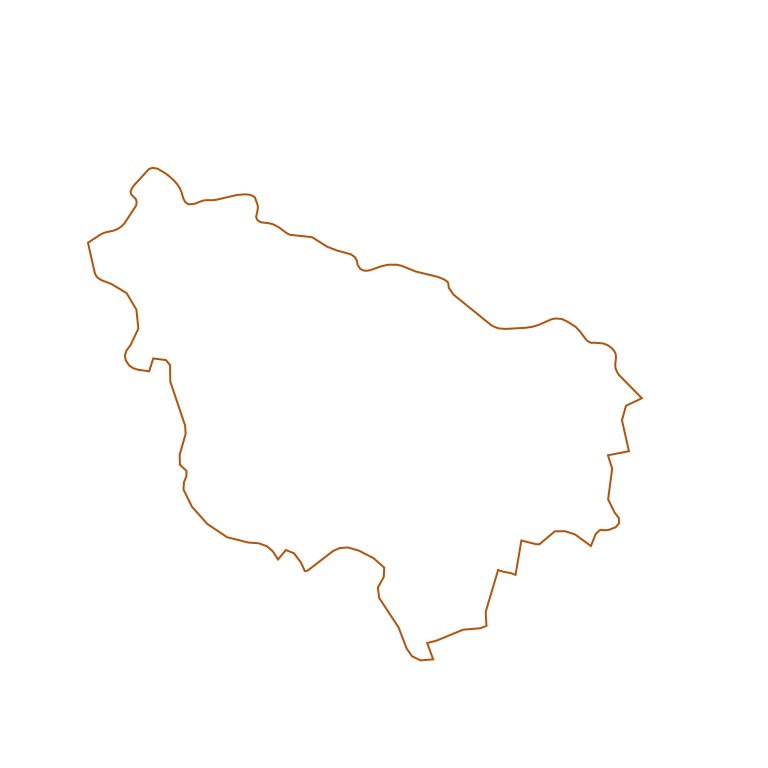 map outline of Charente (Natural Earth projection), rotated 252°
{"feature_id": "FRA-5277", "entity_name": "Charente", "entity_type": "Metropolitan department", "adm_level": 1, "iso_a3": "FRA", "parent_name": "France", "parent_adm1": "", "projection": "natural_earth1", "projection_center": [0.293, 45.665], "detail": "fine", "context": "isolated", "style": "outline", "palette": "amber", "viewbox_px": 768, "rotation_deg": 252, "n_neighbors": 0, "source": "natural_earth", "source_scale": "10m", "svg_char_len": 2410}
<svg xmlns="http://www.w3.org/2000/svg" viewBox="0 0 768 768"><g transform="rotate(252 384 384)"><path d="M209.3,327.5L221.6,320.2L233.3,308.6L239.8,299.0L241.6,291.2L241.0,284.2L230.1,253.6L230.6,250.9L240.0,249.8L250.8,246.1L256.4,239.4L249.9,229.0L259.1,226.6L266.0,222.4L271.2,215.7L275.2,205.9L286.8,187.4L305.5,172.7L326.7,163.4L345.6,160.7L352.4,163.4L357.2,167.5L362.4,169.3L370.2,165.0L379.9,167.8L397.8,179.9L405.9,182.0L452.4,181.5L468.1,186.4L474.2,183.9L479.6,172.4L468.7,164.6L473.4,154.7L476.6,150.3L480.3,147.4L486.4,145.7L491.3,146.4L495.5,149.5L499.1,154.8L512.6,167.5L531.2,171.5L550.0,167.3L563.6,155.4L570.2,147.2L574.3,144.1L578.3,143.2L609.8,146.1L613.5,159.5L614.2,163.5L614.2,166.8L613.5,173.1L613.5,176.2L613.9,179.4L615.0,182.9L616.7,186.4L630.3,203.4L633.5,205.0L636.6,205.1L642.3,202.2L645.4,202.4L648.1,204.9L650.4,208.0L661.1,226.9L661.0,231.0L658.7,235.2L652.3,240.9L647.3,244.4L642.1,247.3L637.7,249.1L633.4,250.3L629.6,250.7L621.9,250.5L618.3,251.3L615.5,253.3L613.9,258.6L614.3,266.4L614.3,269.4L613.3,273.3L611.7,278.0L611.0,281.6L609.2,302.8L607.3,310.5L605.9,314.0L603.9,316.8L601.3,318.9L592.7,319.1L589.1,317.9L582.4,314.0L579.0,314.3L575.9,316.7L572.9,323.4L570.1,328.0L565.4,332.5L557.9,337.8L555.1,340.4L545.9,360.9L531.9,372.6L525.3,380.8L517.5,392.7L513.5,395.6L509.4,396.3L505.5,395.7L500.8,397.0L498.3,399.5L497.0,402.7L496.5,406.1L496.8,417.3L496.5,421.6L495.8,426.1L493.4,433.2L490.9,437.4L481.2,448.9L469.3,468.2L465.0,473.4L461.4,476.1L459.0,476.1L455.5,475.3L447.2,477.9L406.6,504.3L403.6,507.4L401.3,510.5L398.8,516.7L393.7,536.0L392.6,542.5L392.4,549.4L393.8,563.1L393.4,567.1L390.9,573.3L386.4,577.9L379.2,583.9L373.5,586.6L362.7,590.3L360.2,592.5L358.9,594.2L358.4,596.5L354.9,604.9L351.8,608.7L347.9,611.6L344.3,613.1L340.8,613.6L337.5,612.8L331.0,609.9L327.6,609.1L323.9,609.3L319.9,610.3L290.8,624.8L288.5,607.4L276.0,599.1L244.4,596.2L247.0,575.0L232.9,574.8L205.0,561.5L190.5,563.6L184.0,565.9L179.1,564.7L176.2,560.2L175.8,552.5L176.9,547.9L178.1,545.8L178.2,543.7L175.9,539.0L166.0,530.7L181.8,519.3L187.9,510.9L191.1,501.0L183.6,482.4L184.7,479.0L192.7,466.3L161.8,450.1L164.6,446.7L169.2,438.5L171.9,435.1L135.9,410.3L122.3,406.7L121.9,400.4L125.9,383.2L123.7,354.7L124.3,345.0L106.9,345.7L109.9,333.2L116.5,326.5L125.4,323.8L148.2,322.6L182.0,313.3L192.2,315.2L200.5,324.1L209.3,327.5Z" fill="none" stroke="#b45309" stroke-width="2"/></g></svg>